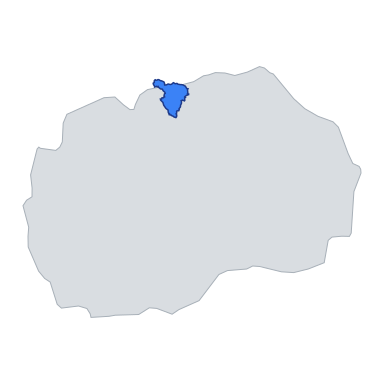 Lipkovo, Lipkovo, North Macedonia (highlighted)
{"feature_id": "65306769B52717367250393", "entity_name": "Lipkovo", "entity_type": "district", "adm_level": 2, "iso_a3": "MKD", "parent_name": "North Macedonia", "parent_adm1": "Lipkovo", "projection": "natural_earth1", "projection_center": [21.557, 42.166], "detail": "fine", "context": "in_parent", "style": "filled", "palette": "blue", "viewbox_px": 384, "rotation_deg": 0, "n_neighbors": 0, "source": "geoboundaries", "source_scale": "gbopen_adm2", "svg_char_len": 2752}
<svg xmlns="http://www.w3.org/2000/svg" viewBox="0 0 384 384"><path d="M170.3,85.0L177.7,85.9L193.6,81.7L203.5,75.8L208.6,74.9L215.3,72.6L225.0,73.0L234.8,75.5L247.3,72.1L259.5,66.6L264.4,68.0L269.8,72.7L273.3,74.0L293.7,98.7L304.8,108.7L318.0,116.3L333.0,121.8L338.4,127.2L348.1,153.5L352.8,163.5L359.1,166.4L360.7,169.3L361.0,173.1L353.9,191.6L351.2,233.1L349.4,236.4L341.9,236.2L332.0,237.1L328.2,240.3L324.2,262.7L308.2,269.0L293.7,272.6L281.4,271.8L259.7,266.5L252.7,266.0L246.7,269.0L227.4,270.6L218.9,274.5L199.1,300.6L178.9,309.6L172.1,314.2L156.7,308.4L149.3,307.8L138.7,314.5L115.3,315.2L109.0,316.3L91.0,317.4L90.2,313.8L86.9,308.5L78.5,306.0L61.4,308.1L57.2,304.3L50.2,282.1L44.7,278.5L38.6,271.1L28.2,247.0L28.0,236.4L28.7,227.2L23.0,205.7L26.6,200.2L32.0,196.8L32.1,188.1L30.6,174.9L37.1,149.0L38.8,147.1L40.4,148.3L55.8,150.4L59.8,147.1L62.3,142.0L63.2,123.1L66.9,114.3L104.0,97.7L114.9,97.0L123.3,104.7L129.9,109.6L133.9,109.4L135.4,104.5L139.9,95.0L147.5,89.6L170.1,85.0L170.3,85.0Z" fill="#d9dde1" stroke="#a8b0b8" stroke-width="1"/><path d="M185.3,86.1L184.5,85.8L183.4,85.1L183.0,84.9L181.8,84.7L181.5,84.6L180.4,84.6L179.2,84.4L178.5,84.3L178.0,84.2L177.9,84.2L177.7,84.0L177.5,83.8L177.4,83.7L176.9,83.4L175.9,83.7L174.9,83.6L174.5,83.4L174.4,83.3L174.2,83.2L173.7,82.7L172.9,83.0L172.4,83.5L172.0,83.9L171.4,84.3L171.0,84.4L170.4,84.5L169.8,84.4L169.0,84.2L168.5,84.1L168.2,84.0L167.8,84.1L167.2,84.5L166.6,84.8L166.2,84.9L164.8,85.0L164.7,85.0L164.7,84.9L164.6,84.6L164.6,83.7L164.4,83.0L163.9,81.9L162.6,81.3L162.2,81.1L161.0,80.7L160.7,80.7L160.3,80.6L159.7,80.2L158.9,79.7L158.2,79.6L157.9,79.6L157.7,79.7L157.6,79.8L157.3,80.0L156.7,80.2L156.4,80.2L155.8,80.2L155.5,80.2L155.3,79.8L154.8,80.0L154.3,80.7L154.2,81.4L154.3,81.7L154.3,82.4L154.2,82.5L153.8,82.8L153.2,83.2L153.3,83.8L153.5,84.6L153.7,85.0L154.1,85.4L154.2,85.5L154.5,86.0L154.5,86.4L154.6,86.9L154.6,87.0L156.8,86.3L157.2,86.9L158.2,86.5L158.3,87.1L160.5,88.9L162.4,89.2L163.1,90.7L164.8,92.2L165.2,93.4L164.5,93.8L164.1,95.3L164.5,96.5L164.0,96.4L163.9,97.4L163.5,97.8L162.0,97.8L161.6,99.0L160.4,99.0L160.6,100.1L162.9,102.4L163.7,105.2L165.9,108.4L168.1,110.1L168.2,112.1L168.8,113.6L168.9,113.3L169.6,113.8L169.9,114.9L171.1,115.0L171.3,115.5L173.3,116.3L174.0,117.0L175.9,117.6L176.6,116.7L176.4,116.4L176.8,115.1L176.1,113.8L176.6,113.3L176.7,112.6L176.6,111.4L177.1,110.8L178.3,110.8L178.5,110.4L178.9,110.5L179.3,109.1L179.1,108.6L180.4,107.0L180.6,105.0L181.4,103.6L181.5,101.5L181.2,100.6L182.7,100.1L184.4,100.9L184.8,100.4L184.6,97.8L185.4,97.5L184.8,96.7L186.5,95.4L187.9,94.9L187.9,94.5L188.6,94.5L188.6,94.0L187.5,94.1L187.4,93.7L187.8,92.7L187.5,89.8L188.0,88.8L186.8,88.6L185.3,86.1Z" fill="#3b82f6" stroke="#1e3a8a" stroke-width="1.5"/></svg>